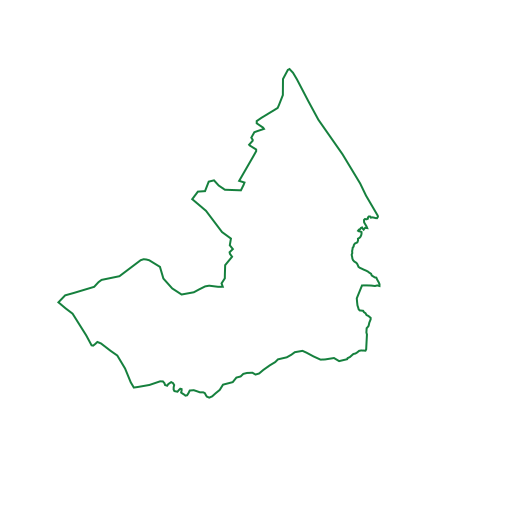 outline of Cerro de las Cuentas, Cerro Largo, Uruguay, rotated 302°
{"feature_id": "84410073B63196441313182", "entity_name": "Cerro de las Cuentas", "entity_type": "district", "adm_level": 2, "iso_a3": "URY", "parent_name": "Uruguay", "parent_adm1": "Cerro Largo", "projection": "natural_earth1", "projection_center": [-54.465, -32.625], "detail": "fine", "context": "isolated", "style": "outline", "palette": "green", "viewbox_px": 512, "rotation_deg": 302, "n_neighbors": 0, "source": "geoboundaries", "source_scale": "gbopen_adm2", "svg_char_len": 3218}
<svg xmlns="http://www.w3.org/2000/svg" viewBox="0 0 512 512"><g transform="rotate(302 256 256)"><path d="M216.8,388.0L217.9,387.8L220.1,389.2L222.2,389.8L224.5,390.5L226.0,392.0L227.8,392.9L230.2,393.7L231.5,395.1L232.6,396.9L233.7,399.0L235.2,398.9L248.2,391.7L249.7,390.1L251.4,389.2L253.4,388.1L255.0,388.4L256.4,388.5L259.6,387.4L263.0,386.8L264.3,386.0L264.7,383.2L264.5,381.0L265.5,379.2L265.6,377.2L266.3,375.9L265.5,374.2L264.8,372.8L265.2,371.3L266.4,370.0L267.9,368.2L270.3,366.3L273.5,363.9L287.2,361.5L289.4,364.9L291.9,369.2L293.6,372.8L295.3,374.4L296.0,376.6L297.5,375.7L298.6,374.2L299.4,372.7L300.3,371.1L301.4,369.5L300.8,368.2L300.8,366.3L300.8,364.5L301.9,363.0L301.9,360.8L302.1,359.0L301.9,356.9L301.5,354.5L301.3,352.4L301.0,350.3L301.1,348.7L302.1,347.3L303.0,345.9L303.4,344.6L303.4,342.2L303.9,340.5L304.8,339.2L306.3,337.9L307.7,336.5L309.5,336.1L311.1,334.9L313.0,334.2L314.3,333.6L315.7,333.8L317.0,333.2L318.9,333.2L321.2,334.7L323.3,334.3L324.7,333.3L326.4,334.2L327.8,334.4L329.3,334.2L330.8,333.7L332.2,332.8L332.1,331.5L331.5,330.3L331.5,329.2L332.9,329.3L334.1,330.1L335.3,330.1L336.4,330.8L335.8,331.9L335.4,333.3L336.8,333.4L337.8,333.7L338.6,335.5L339.4,334.4L339.9,333.6L340.6,332.2L341.1,331.2L341.8,329.9L343.0,329.0L343.9,328.5L345.1,328.8L345.7,330.3L346.9,331.1L348.0,330.5L349.4,330.8L350.0,332.1L349.4,333.1L350.5,334.3L351.1,335.9L351.5,337.3L352.2,338.6L353.9,338.6L354.7,337.9L365.5,317.3L372.7,305.9L388.1,275.5L404.6,236.7L415.1,218.2L427.5,197.1L431.0,190.3L432.3,185.3L430.7,184.4L420.4,185.1L406.7,193.5L396.0,195.5L393.0,195.9L376.1,187.4L370.8,185.1L368.9,186.3L368.6,194.1L368.0,195.4L362.8,191.1L360.1,189.0L353.9,189.3L352.8,191.6L352.0,192.1L346.7,191.2L346.4,192.2L346.4,199.7L345.0,200.6L339.0,200.9L310.8,201.9L312.2,207.3L309.7,207.8L303.7,208.4L295.7,194.5L296.0,187.0L297.9,180.3L294.0,176.5L284.0,178.4L279.8,172.6L270.4,171.8L267.8,189.7L258.3,214.5L257.5,225.5L251.2,228.1L249.6,232.7L245.2,231.6L244.0,232.8L242.7,236.1L231.9,234.7L224.5,239.0L220.5,241.4L214.5,241.3L212.3,244.1L209.8,240.2L206.0,232.0L203.3,229.0L197.4,225.4L192.3,222.5L183.9,213.3L184.1,202.1L187.8,189.4L195.9,180.3L195.8,167.7L194.9,164.8L193.7,162.4L191.3,160.4L166.5,150.9L153.9,137.7L150.4,136.3L144.1,135.1L127.7,120.7L121.5,115.0L112.0,113.0L110.7,122.2L109.9,131.0L98.7,154.1L93.1,163.9L93.7,165.4L96.2,166.3L99.0,167.0L99.7,170.9L98.5,183.1L98.1,191.1L91.2,204.6L82.5,216.7L79.7,222.1L82.2,225.1L90.2,234.0L98.9,241.1L100.3,243.5L99.6,245.8L98.4,247.2L98.9,249.4L100.9,249.5L104.1,250.9L104.2,253.0L103.2,255.0L101.1,255.7L99.1,256.9L98.2,258.4L99.3,261.3L101.3,261.6L103.3,262.1L103.7,263.4L102.7,264.1L100.5,264.9L100.4,266.3L100.4,268.6L100.2,270.2L101.4,271.4L103.9,271.4L106.8,271.1L109.2,274.3L109.9,277.1L110.7,280.8L112.4,283.5L112.6,285.2L111.3,287.5L110.7,288.8L111.1,291.4L113.7,293.2L118.2,294.5L123.2,296.2L129.4,296.2L136.7,303.1L142.5,303.8L145.7,306.8L149.3,307.7L152.0,310.3L155.1,314.8L155.2,318.4L158.0,320.9L163.3,322.6L170.7,325.7L176.2,328.5L180.0,329.4L186.4,335.8L191.0,338.3L195.0,339.9L200.2,345.7L200.8,350.2L201.3,357.9L202.3,365.6L204.8,369.3L210.8,376.2L210.9,382.2L216.8,388.0Z" fill="none" stroke="#15803d" stroke-width="2"/></g></svg>